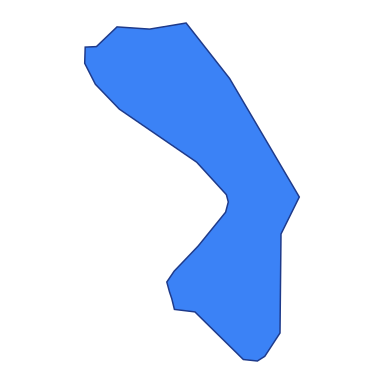 San Antonio Aguas Calientes, Sacatepéquez, Guatemala
{"feature_id": "79465075B38855532318009", "entity_name": "San Antonio Aguas Calientes", "entity_type": "district", "adm_level": 2, "iso_a3": "GTM", "parent_name": "Guatemala", "parent_adm1": "Sacatepéquez", "projection": "equal_earth", "projection_center": [-90.785, 14.552], "detail": "fine", "context": "isolated", "style": "filled", "palette": "blue", "viewbox_px": 384, "rotation_deg": 0, "n_neighbors": 0, "source": "geoboundaries", "source_scale": "gbopen_adm2", "svg_char_len": 443}
<svg xmlns="http://www.w3.org/2000/svg" viewBox="0 0 384 384"><path d="M186.1,23.0L149.6,29.1L117.0,26.9L96.4,46.6L85.2,47.1L84.7,63.3L95.4,84.3L119.4,109.2L196.7,162.2L226.4,194.7L228.3,202.0L225.6,212.2L198.1,246.1L174.2,271.1L166.8,282.0L169.5,291.9L171.8,298.8L174.4,309.4L194.9,311.9L243.3,359.5L257.4,361.0L264.8,356.3L280.0,333.0L281.0,234.0L299.3,197.0L229.6,78.5L186.1,23.0Z" fill="#3b82f6" stroke="#1e3a8a" stroke-width="1.5"/></svg>